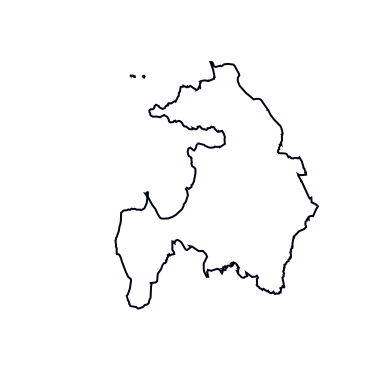 Musoma, Mara, United Republic of Tanzania, rotated 330°
{"feature_id": "72390352B7456768278221", "entity_name": "Musoma", "entity_type": "district", "adm_level": 2, "iso_a3": "TZA", "parent_name": "United Republic of Tanzania", "parent_adm1": "Mara", "projection": "equal_earth", "projection_center": [33.547, -1.825], "detail": "fine", "context": "isolated", "style": "outline", "palette": "ink", "viewbox_px": 384, "rotation_deg": 330, "n_neighbors": 0, "source": "geoboundaries", "source_scale": "gbopen_adm2", "svg_char_len": 6101}
<svg xmlns="http://www.w3.org/2000/svg" viewBox="0 0 384 384"><g transform="rotate(330 192 192)"><path d="M302.4,220.3L302.3,215.7L300.5,215.8L299.4,214.7L297.7,213.7L296.7,213.7L294.8,212.3L294.4,210.2L292.9,210.1L293.0,206.7L291.8,205.1L286.6,201.8L286.7,200.9L286.3,200.4L287.6,198.8L289.0,198.5L289.3,197.3L291.4,195.9L291.7,194.8L293.0,195.0L293.1,195.4L293.8,193.5L294.9,193.1L296.1,191.8L297.5,188.9L299.4,187.0L299.1,186.8L299.9,186.5L301.5,180.7L301.5,178.4L300.6,176.1L300.7,175.5L299.4,170.8L298.8,166.1L298.6,163.8L299.0,159.4L298.7,159.0L298.9,159.0L297.9,147.0L297.4,145.8L296.3,144.7L294.0,143.3L291.8,142.7L288.3,133.2L286.4,124.0L287.0,119.2L287.7,117.7L289.0,115.8L291.3,114.7L291.8,112.7L292.0,104.5L291.6,102.4L287.2,99.0L283.6,97.5L280.6,97.9L279.7,96.8L275.2,95.6L274.2,94.7L274.0,93.2L274.5,90.4L274.3,89.6L272.9,88.7L271.5,96.5L269.2,103.4L268.9,103.1L267.6,105.0L261.6,104.1L261.7,103.6L260.9,103.4L259.0,101.8L255.7,100.5L254.1,100.4L254.2,101.6L253.7,101.5L252.9,102.4L251.4,105.2L251.2,104.1L250.1,104.7L249.4,105.8L246.5,106.0L246.6,105.4L243.6,99.3L241.1,99.3L240.9,98.2L239.4,98.4L237.6,95.5L236.7,96.3L234.8,95.3L231.6,99.1L230.3,99.5L228.5,102.2L227.2,102.6L223.3,105.3L223.3,104.9L220.8,104.7L218.2,104.9L217.1,103.9L216.1,103.8L215.2,104.4L215.3,103.8L213.2,104.8L212.2,104.5L210.5,105.7L208.1,105.4L206.1,102.4L206.3,101.1L204.4,98.4L202.5,98.9L202.2,99.6L200.5,100.6L199.3,100.7L197.8,99.7L196.2,99.9L195.6,100.4L195.1,101.8L195.2,102.7L194.5,104.4L194.8,105.7L195.8,107.2L199.3,109.1L201.6,111.2L206.4,111.4L208.1,114.6L208.1,117.4L207.5,119.3L207.9,120.8L210.5,122.0L211.9,121.5L212.7,122.5L213.1,122.2L213.3,123.3L215.8,123.6L216.9,124.5L217.9,126.5L217.8,130.3L218.2,131.4L219.7,132.4L221.1,136.2L223.4,137.8L224.2,137.9L224.7,137.5L224.7,137.1L226.4,139.5L227.3,139.8L229.4,139.3L229.6,138.4L231.3,138.9L231.8,139.3L232.2,142.0L233.0,142.6L233.3,143.5L234.2,143.9L235.6,145.5L237.3,145.1L237.5,144.6L240.0,145.7L241.4,145.1L242.3,146.3L243.3,146.6L243.5,149.9L244.5,152.8L245.5,152.5L245.7,153.4L248.6,154.1L248.7,156.9L247.9,161.1L246.6,162.4L244.5,166.8L238.4,167.1L238.4,166.5L235.5,165.1L234.5,164.1L233.4,164.3L230.4,163.1L228.6,161.5L226.3,158.3L226.2,157.4L221.8,153.1L219.7,153.5L216.9,156.1L214.6,157.2L213.7,155.6L212.8,152.7L210.7,152.6L208.5,154.7L207.4,157.7L207.3,159.5L208.3,160.9L208.5,162.6L208.0,162.9L206.6,166.3L205.6,167.1L205.1,170.0L206.1,171.5L206.5,173.5L204.8,176.9L203.2,178.9L198.7,184.0L196.1,185.8L195.2,185.7L194.0,187.4L190.6,187.7L189.8,185.8L188.1,186.4L188.2,188.7L186.8,192.8L181.7,197.4L178.6,198.7L177.7,199.9L175.0,201.8L166.4,203.8L162.2,203.7L158.3,203.0L153.9,200.8L152.1,199.5L151.8,198.8L151.4,197.6L151.3,193.6L151.8,188.6L151.1,183.2L151.3,175.0L152.5,171.8L153.6,170.7L153.6,170.0L152.6,169.9L151.9,171.1L150.7,170.0L150.9,172.7L150.3,174.9L147.2,179.0L142.7,182.4L138.9,182.4L138.3,181.4L135.2,179.6L134.2,178.0L132.5,177.5L131.4,176.2L129.3,176.5L128.2,175.3L126.5,175.2L123.5,173.8L120.3,174.5L115.9,181.5L113.3,184.6L112.1,185.5L108.9,189.4L104.2,193.4L103.1,193.9L102.2,195.3L101.5,195.6L100.1,199.1L98.9,201.1L98.6,203.3L96.0,207.6L96.0,208.3L97.4,209.4L97.7,210.6L97.4,214.0L96.6,216.8L94.7,228.5L94.3,233.7L95.5,236.7L94.9,238.3L89.9,244.6L85.4,248.5L83.5,249.3L82.4,254.0L82.4,256.3L81.6,257.5L81.9,258.1L81.6,259.9L86.2,263.8L86.9,265.9L87.9,266.3L91.9,267.1L94.4,266.3L97.1,267.0L98.8,266.7L100.9,264.4L103.3,262.8L109.4,253.2L110.7,251.9L110.7,250.3L115.6,252.2L117.1,251.9L121.4,245.8L126.9,243.2L129.3,241.0L131.9,239.6L133.2,240.2L134.9,239.6L135.3,238.1L136.7,238.0L137.5,236.6L138.7,236.2L139.4,234.6L140.7,234.5L140.2,235.1L140.8,235.9L143.9,236.2L145.6,236.9L146.3,234.9L146.1,232.2L150.2,225.2L151.2,227.5L151.6,226.2L152.3,226.8L153.3,226.0L155.3,226.1L156.5,227.6L157.6,230.3L157.7,238.0L158.1,239.4L158.8,239.8L163.6,239.2L163.2,238.0L164.9,239.5L168.3,246.6L172.0,248.5L173.0,252.9L172.7,255.6L166.3,259.9L163.6,264.7L162.8,266.9L162.3,272.8L163.6,273.5L165.1,269.0L166.8,267.4L169.3,269.9L175.2,271.0L177.0,272.8L177.3,277.4L178.6,276.4L179.0,275.2L179.6,275.1L180.7,275.7L179.9,273.9L180.5,274.2L181.6,272.7L182.2,273.1L183.4,272.8L183.3,274.2L182.7,275.5L184.9,274.8L185.1,273.9L185.6,273.7L187.5,274.2L188.4,276.1L190.2,276.1L191.5,275.3L189.9,274.8L189.8,273.6L191.0,273.3L192.9,273.8L194.3,276.1L194.3,277.6L194.7,277.8L194.4,279.2L194.6,279.6L194.2,280.2L194.7,280.8L193.7,281.1L194.1,281.4L194.0,281.8L193.5,281.8L191.6,284.9L191.7,283.4L191.4,283.1L191.2,286.5L192.4,290.8L193.1,291.6L194.4,292.3L195.1,291.9L197.6,292.5L198.6,288.8L201.5,295.6L204.6,297.0L206.4,297.0L206.2,299.3L204.5,300.0L202.7,303.8L201.5,304.8L201.5,305.8L202.5,307.8L202.3,308.5L202.7,309.4L203.8,310.6L204.0,312.0L205.7,311.7L206.5,314.1L207.3,314.8L207.5,315.6L208.5,315.6L208.4,317.1L209.0,317.5L209.1,318.3L210.2,319.3L211.4,319.2L211.7,319.7L212.4,319.4L212.3,320.1L212.8,320.3L212.7,321.5L213.6,322.1L214.6,322.1L215.4,322.9L216.6,323.4L217.6,322.5L218.5,323.3L220.4,320.7L220.4,319.5L222.4,319.8L223.0,318.9L223.6,318.8L224.1,320.6L224.4,320.5L227.5,311.4L229.5,310.6L229.8,309.4L230.9,308.8L231.3,306.2L232.3,305.9L234.0,303.4L234.5,303.6L235.7,301.2L236.8,301.5L239.3,299.9L241.0,300.1L241.7,299.0L242.9,299.0L243.1,298.3L244.3,298.4L244.5,297.6L245.2,297.7L246.1,296.3L247.0,293.4L248.0,293.2L248.5,291.7L249.8,290.6L250.8,290.8L251.6,289.8L251.4,289.2L252.3,288.7L253.0,287.1L257.3,282.1L257.4,282.6L259.0,281.3L265.2,279.5L270.6,280.2L273.3,279.4L274.1,276.4L275.4,274.6L276.8,274.3L277.6,273.4L278.1,273.7L279.2,272.7L279.5,273.8L280.1,272.5L281.1,271.9L283.0,272.2L284.8,273.4L290.7,269.1L293.9,267.4L293.0,264.5L290.4,260.7L292.5,256.6L290.7,256.5L290.6,255.3L292.3,237.1L291.9,237.0L292.2,236.0L292.2,231.5L292.6,229.7L293.1,230.9L297.6,233.3L299.1,233.9L299.4,232.8L299.8,233.4L300.4,232.2L300.6,229.1L301.0,228.2L300.6,226.6L301.1,225.9L302.4,220.3ZM207.7,68.9L208.7,68.4L208.6,67.3L207.9,67.1L207.2,67.5L207.7,68.9ZM200.0,63.8L200.3,63.1L199.6,62.3L199.4,63.4L200.0,63.8ZM197.7,61.6L197.4,60.6L197.0,60.8L197.2,61.6L197.7,61.6Z" fill="none" stroke="#020617" stroke-width="2"/></g></svg>